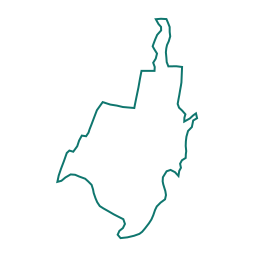 outline of Lajeado, Rio Grande do Sul, Brazil, rotated 92°
{"feature_id": "56859067B30359341782626", "entity_name": "Lajeado", "entity_type": "district", "adm_level": 2, "iso_a3": "BRA", "parent_name": "Brazil", "parent_adm1": "Rio Grande do Sul", "projection": "equal_earth", "projection_center": [-52.019, -29.449], "detail": "fine", "context": "isolated", "style": "outline", "palette": "teal", "viewbox_px": 256, "rotation_deg": 92, "n_neighbors": 0, "source": "geoboundaries", "source_scale": "gbopen_adm2", "svg_char_len": 1614}
<svg xmlns="http://www.w3.org/2000/svg" viewBox="0 0 256 256"><g transform="rotate(92 128 128)"><path d="M115.8,59.3L111.0,60.6L113.3,63.5L116.3,66.5L119.6,72.0L115.8,72.0L112.3,71.1L108.8,74.4L105.9,77.7L102.2,79.2L97.9,78.6L93.4,77.9L88.1,77.2L84.0,76.6L80.6,76.2L65.1,76.1L64.6,81.9L65.0,89.8L60.8,91.6L56.3,92.1L51.0,92.8L47.0,92.5L43.7,91.9L39.9,90.3L34.9,89.0L30.6,89.7L25.6,89.9L21.0,91.9L17.8,93.4L17.7,98.9L18.3,104.0L23.1,101.1L25.8,98.5L29.3,98.3L33.9,102.1L38.8,104.0L42.6,105.3L45.5,106.2L48.3,104.5L52.6,101.6L57.7,102.7L61.9,105.1L66.1,103.4L70.0,103.5L70.4,116.5L78.7,117.8L87.3,119.0L96.6,120.6L104.4,121.9L107.8,122.4L107.2,133.9L106.0,139.9L105.2,146.5L103.0,154.2L111.3,159.7L118.3,162.1L125.4,164.5L130.8,166.4L134.0,167.3L137.7,169.6L137.2,173.9L142.2,176.4L148.0,178.1L153.6,181.9L152.6,185.8L155.1,188.3L163.4,190.9L171.3,193.6L178.0,195.6L184.3,196.7L183.1,192.7L179.6,188.8L176.4,183.7L176.6,179.2L178.2,175.1L180.2,169.0L182.9,165.8L186.1,162.4L190.6,160.8L194.2,160.0L199.4,158.0L203.2,156.2L207.0,153.5L209.2,149.8L211.9,144.6L214.8,139.2L217.1,134.3L219.3,129.5L224.0,127.7L228.2,129.6L231.1,133.0L235.0,134.6L238.3,131.6L237.3,124.8L235.5,118.2L233.4,112.9L231.2,110.2L227.9,107.6L222.6,103.8L218.6,101.4L214.3,99.7L209.0,98.1L205.4,96.5L201.4,92.8L198.0,88.5L193.7,87.7L189.7,88.5L183.1,90.8L180.1,91.5L176.0,91.4L169.9,87.9L168.4,84.0L170.5,79.5L174.2,75.9L169.1,75.3L165.9,73.7L161.9,74.7L158.4,73.0L155.9,69.3L152.3,69.3L149.1,69.0L144.0,69.7L139.3,69.7L134.6,69.3L128.9,67.9L124.8,64.2L121.8,63.7L118.2,63.1L115.8,59.3Z" fill="none" stroke="#0f766e" stroke-width="2"/></g></svg>